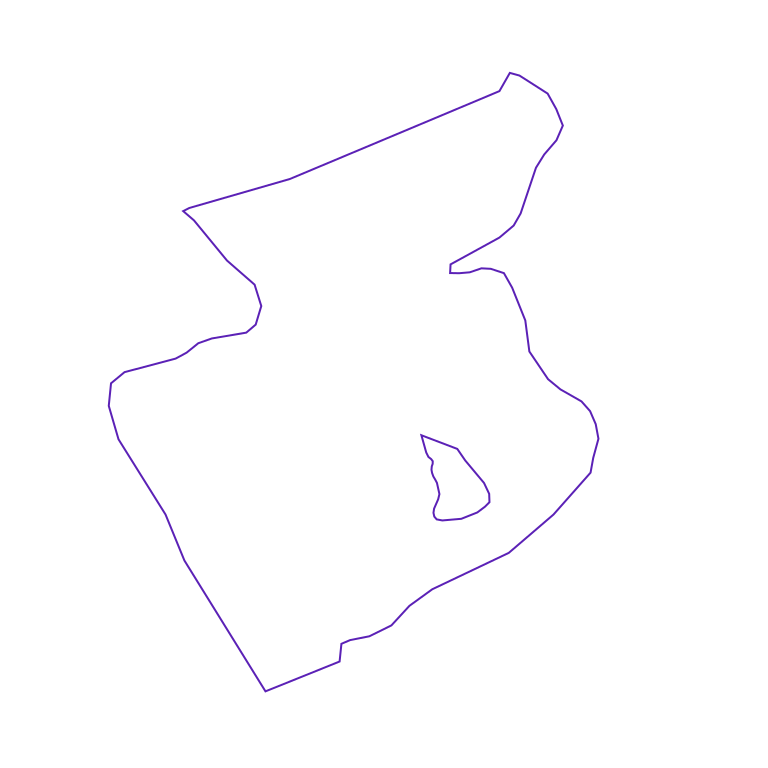 the border of Tunapuna/Piarco, rotated 337°
{"feature_id": "TTO-61", "entity_name": "Tunapuna/Piarco", "entity_type": "Region", "adm_level": 1, "iso_a3": "TTO", "parent_name": "Trinidad and Tobago", "parent_adm1": "", "projection": "mercator", "projection_center": [-61.281, 10.685], "detail": "fine", "context": "isolated", "style": "outline", "palette": "violet", "viewbox_px": 768, "rotation_deg": 337, "n_neighbors": 0, "source": "natural_earth", "source_scale": "10m", "svg_char_len": 1223}
<svg xmlns="http://www.w3.org/2000/svg" viewBox="0 0 768 768"><g transform="rotate(337 384 384)"><path d="M266.7,146.4L273.6,145.9L377.4,158.5L604.7,159.5L621.4,146.8L629.2,153.0L648.1,180.6L650.0,198.3L649.6,216.0L638.0,227.0L621.2,235.3L608.4,244.3L576.4,280.4L565.3,288.8L547.5,294.3L492.0,299.9L488.2,307.7L496.5,311.4L506.6,314.7L518.9,315.6L527.3,319.7L537.7,328.8L539.6,345.4L538.9,380.7L530.5,410.9L536.9,443.7L544.3,457.9L559.0,477.2L563.1,489.5L563.2,503.7L560.0,518.2L547.7,533.8L539.5,546.3L489.0,570.4L432.9,588.2L348.3,591.8L320.8,598.1L296.5,609.1L271.9,610.5L252.8,606.5L243.3,606.5L234.7,622.1L154.8,620.6L131.3,468.5L131.9,418.8L118.0,331.2L122.1,296.6L133.0,276.7L149.8,271.7L202.1,279.2L214.6,278.0L229.0,273.9L243.3,274.8L277.3,282.9L289.1,279.2L301.5,264.3L303.7,242.0L287.7,209.0L273.0,159.1L266.7,146.4ZM419.7,538.7L429.0,536.4L434.9,534.0L437.9,526.2L437.4,514.2L428.9,486.2L426.1,472.4L398.4,445.8L396.1,463.6L396.4,468.5L398.1,471.6L398.7,474.1L397.6,476.5L395.8,478.5L394.2,481.5L393.5,484.7L393.3,488.4L393.8,492.1L394.1,495.7L392.0,507.0L388.8,511.3L381.4,518.3L379.2,521.9L378.5,525.7L379.6,529.2L384.4,532.4L402.5,538.3L419.7,538.7Z" fill="none" stroke="#5b21b6" stroke-width="2"/></g></svg>